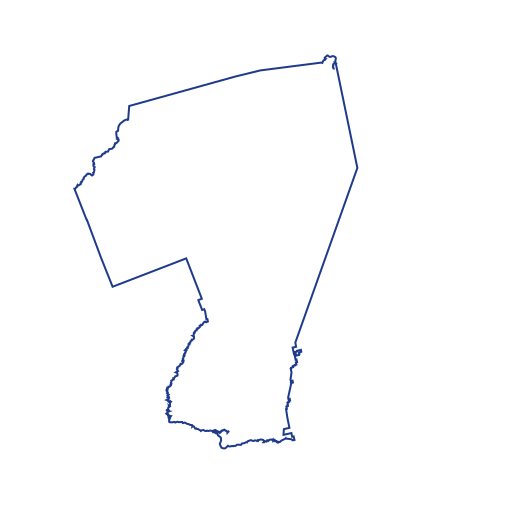 Waratah-Wynyard, Tasmania, Australia (Natural Earth projection), rotated 159°
{"feature_id": "25037944B19706345556765", "entity_name": "Waratah-Wynyard", "entity_type": "district", "adm_level": 2, "iso_a3": "AUS", "parent_name": "Australia", "parent_adm1": "Tasmania", "projection": "natural_earth1", "projection_center": [145.692, -41.307], "detail": "fine", "context": "isolated", "style": "outline", "palette": "blue", "viewbox_px": 512, "rotation_deg": 159, "n_neighbors": 0, "source": "geoboundaries", "source_scale": "gbopen_adm2", "svg_char_len": 6084}
<svg xmlns="http://www.w3.org/2000/svg" viewBox="0 0 512 512"><g transform="rotate(159 256 256)"><path d="M394.8,140.8L395.0,139.0L395.4,138.6L395.1,137.8L394.5,137.5L394.7,138.2L394.3,138.4L393.9,137.5L392.8,137.0L394.5,135.8L395.5,136.0L395.4,135.5L394.9,135.4L394.7,135.0L395.9,134.2L396.3,133.0L396.1,132.6L396.4,132.2L396.2,131.8L393.8,130.7L392.0,130.5L391.3,130.1L391.1,129.5L388.7,129.4L387.6,128.5L384.4,127.5L384.2,126.2L382.1,126.0L380.8,124.3L378.9,123.0L378.2,122.0L376.3,121.1L376.1,120.3L376.6,119.5L375.8,119.7L375.0,119.0L374.7,116.8L374.0,116.3L373.5,116.4L373.2,115.8L372.1,115.1L370.4,113.1L370.2,112.4L368.9,112.7L367.5,112.4L366.2,110.9L364.7,110.3L364.3,110.5L362.9,109.6L361.1,109.4L359.2,108.0L358.2,108.3L356.4,108.2L356.0,107.8L355.8,107.0L354.5,106.1L353.6,104.9L352.5,104.7L352.7,104.2L351.1,104.8L350.9,105.3L348.1,105.2L348.3,105.8L346.1,103.1L345.7,102.0L345.9,101.4L344.9,102.0L343.6,102.1L344.9,101.9L345.6,101.3L346.0,101.3L345.8,102.0L346.5,103.4L347.1,103.8L347.4,104.6L348.1,105.0L350.5,104.9L352.7,103.9L356.1,106.1L356.8,107.5L358.5,107.7L358.9,107.3L360.2,107.0L359.4,107.1L357.5,105.8L357.1,105.0L356.3,104.6L355.7,103.5L355.8,102.2L354.0,99.4L354.0,98.4L354.7,96.2L357.1,93.6L357.2,91.5L356.9,89.4L355.7,88.3L354.3,87.6L353.2,87.6L350.2,88.9L349.9,88.3L348.6,87.5L346.1,87.1L345.5,86.6L345.1,86.7L343.1,86.1L341.3,86.6L337.6,85.1L336.3,86.0L334.2,85.5L332.2,85.7L331.1,85.2L330.3,86.0L327.1,86.0L326.2,85.5L325.4,84.6L324.5,84.2L323.3,84.3L322.0,83.7L321.3,82.8L320.6,82.8L320.3,83.2L320.1,82.9L319.9,83.2L317.7,83.1L316.1,82.4L315.1,81.5L314.7,80.5L314.7,79.9L315.7,79.4L315.3,79.2L314.5,79.5L314.3,80.2L313.0,79.1L311.6,80.0L310.6,79.6L310.7,79.0L308.9,79.6L306.8,78.9L306.7,78.4L306.2,78.6L306.3,78.3L305.6,78.1L305.7,77.7L305.3,77.7L305.6,77.3L305.2,77.4L305.0,76.9L304.3,76.8L304.5,76.3L303.5,76.0L303.7,75.7L303.4,75.1L304.0,74.9L302.2,74.7L302.2,73.9L301.3,74.2L300.5,73.8L298.3,74.6L294.3,74.9L293.4,75.3L293.3,74.7L288.7,72.3L287.7,70.7L286.0,70.5L285.5,74.1L287.0,74.3L286.4,78.0L294.4,79.2L292.0,84.4L286.4,83.6L284.7,93.6L282.8,102.3L282.0,102.2L281.6,104.6L280.2,104.4L280.0,105.6L279.6,105.5L279.2,107.7L278.6,107.6L278.5,108.1L277.4,107.9L277.2,109.0L276.0,108.8L275.7,110.7L277.0,110.9L276.7,112.4L269.0,124.1L268.9,124.9L266.9,124.6L266.6,126.5L268.3,126.7L268.1,128.2L264.5,134.7L264.0,138.3L263.5,138.3L263.3,139.1L261.2,138.9L261.0,140.1L258.8,139.8L258.7,140.4L257.2,140.2L256.9,142.4L255.7,142.2L255.3,144.8L256.2,144.9L255.6,148.8L251.3,148.2L251.1,149.0L250.6,149.0L250.4,150.4L248.0,150.4L247.7,152.3L251.6,152.8L251.7,152.1L253.7,152.4L253.9,150.5L255.7,150.8L254.6,157.4L251.1,156.9L250.3,161.1L129.8,301.9L112.3,408.4L112.7,408.5L112.4,407.9L112.6,407.5L112.9,407.5L113.3,407.9L115.0,407.3L115.7,405.8L116.3,405.2L116.3,403.4L116.6,403.4L117.0,403.9L116.4,403.5L116.4,405.1L115.1,407.4L113.3,408.0L112.6,407.7L112.9,408.5L112.2,408.8L112.1,409.6L110.6,411.9L110.6,413.2L111.7,414.5L112.5,415.0L113.8,415.3L114.8,415.1L116.0,415.6L117.1,417.4L117.6,417.7L120.8,416.5L121.0,415.7L120.4,415.1L120.9,415.0L121.3,414.4L122.8,414.5L125.6,411.8L124.7,412.9L185.4,427.7L211.3,431.0L320.6,441.5L326.5,429.1L327.2,429.1L327.6,429.7L328.5,429.8L330.6,429.7L335.4,428.2L337.4,426.7L338.5,425.3L339.9,422.3L341.8,422.1L342.7,420.0L343.5,416.6L342.9,416.3L342.5,415.1L342.7,414.7L343.5,414.7L342.6,413.5L343.0,412.8L345.8,411.5L347.3,411.7L347.5,410.7L348.6,410.2L349.3,408.7L350.2,408.7L351.3,407.9L352.1,407.8L354.7,408.4L356.8,406.5L359.1,407.2L359.6,407.0L359.9,406.2L360.5,406.0L362.3,406.7L361.2,406.1L362.7,406.2L363.2,405.5L363.7,405.6L364.9,404.5L371.6,405.5L372.9,404.0L373.8,403.7L374.4,402.8L373.8,401.1L374.2,399.6L375.0,399.9L375.5,398.0L375.3,397.1L374.8,396.7L376.2,395.3L375.9,394.3L377.6,392.0L378.2,392.0L378.3,390.9L378.8,390.3L380.1,389.9L380.7,390.5L381.2,391.9L382.1,392.5L383.2,393.1L383.5,392.7L384.9,392.9L385.9,391.9L387.7,391.6L389.0,390.5L389.1,389.8L390.6,389.2L391.6,388.0L392.5,388.0L392.7,387.1L393.7,386.9L393.9,385.9L396.3,385.5L396.9,385.7L397.1,386.3L397.9,385.6L398.1,384.7L399.2,384.6L400.7,383.5L401.4,383.8L401.2,352.3L401.1,350.2L400.9,350.2L401.3,309.4L400.9,278.7L322.0,278.8L321.9,235.5L325.6,235.5L325.7,234.7L325.6,224.9L323.4,224.9L323.4,224.6L323.3,222.7L325.0,214.7L324.0,214.5L324.4,212.1L326.3,212.0L327.2,213.0L328.5,212.8L331.0,210.9L331.7,210.8L332.1,211.5L333.7,210.9L333.5,210.4L333.9,209.8L336.0,209.1L336.5,209.6L336.9,209.5L337.3,208.8L337.8,208.8L338.1,207.8L339.5,207.9L340.3,207.0L341.1,206.8L340.9,206.2L341.9,205.9L342.5,204.4L343.0,204.1L343.7,204.2L342.8,202.9L343.6,201.1L345.4,200.5L346.0,200.9L346.5,200.0L347.7,199.9L348.4,198.6L349.4,198.6L349.7,197.5L350.5,197.9L351.8,195.5L352.8,195.4L352.8,194.7L353.4,194.9L355.6,193.7L354.6,193.4L354.4,193.1L355.7,192.1L356.0,192.3L356.1,191.5L356.9,191.1L357.1,190.4L358.0,190.4L358.5,189.8L358.3,189.1L359.2,188.9L359.1,188.0L359.9,187.9L360.4,186.7L360.8,186.2L361.2,186.3L361.4,185.9L361.1,185.0L362.6,184.4L362.5,183.8L362.1,184.1L361.4,183.8L362.1,182.7L362.9,182.6L363.2,182.1L364.3,181.7L365.1,182.3L366.9,180.6L368.1,180.6L368.8,180.1L369.3,180.3L370.0,179.7L369.7,178.9L370.5,178.3L370.0,176.6L372.6,176.1L371.4,175.1L371.9,172.8L372.4,172.4L374.5,172.6L375.7,171.6L376.2,171.5L376.5,171.0L377.1,171.3L377.3,170.2L378.3,170.4L379.3,169.8L379.8,169.9L380.1,168.8L381.1,168.0L381.2,167.4L380.8,167.0L381.6,165.9L382.2,166.1L382.4,165.5L383.6,164.9L384.6,165.4L385.6,164.1L386.2,164.7L387.7,162.8L387.7,162.6L387.1,162.6L386.8,162.3L387.0,162.0L387.7,161.9L387.3,160.3L388.2,159.9L387.2,157.9L388.6,157.6L388.5,157.0L389.2,156.0L388.2,155.8L388.5,155.2L387.9,155.0L388.0,154.5L389.6,153.7L390.9,153.6L390.4,153.2L390.1,152.2L389.8,152.6L389.3,152.5L389.5,151.3L389.1,150.6L388.6,150.4L387.9,151.0L387.6,150.4L388.6,150.2L389.9,147.4L390.0,146.7L390.7,146.8L391.0,147.4L391.2,146.1L392.1,146.1L392.9,144.8L392.8,144.1L393.7,144.4L394.6,144.0L394.4,142.9L393.9,143.3L393.6,142.5L392.9,142.1L394.2,142.1L395.1,141.3L396.2,141.0L395.9,140.5L394.8,140.8Z" fill="none" stroke="#1e3a8a" stroke-width="2"/></g></svg>